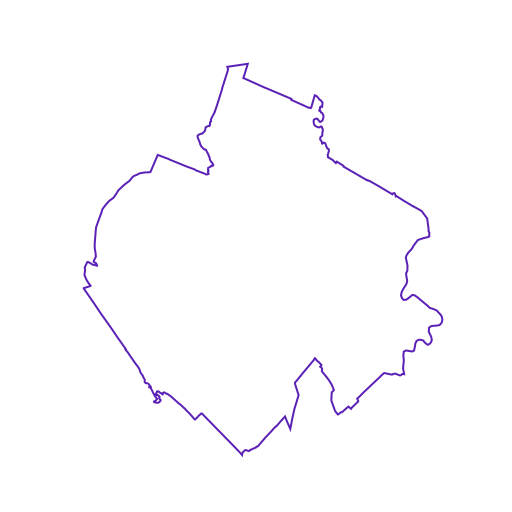 Vanatorii Mici, Giurgiu, Romania (Natural Earth projection), rotated 77°
{"feature_id": "2599482B21874534700145", "entity_name": "Vanatorii Mici", "entity_type": "district", "adm_level": 2, "iso_a3": "ROU", "parent_name": "Romania", "parent_adm1": "Giurgiu", "projection": "natural_earth1", "projection_center": [25.553, 44.495], "detail": "fine", "context": "isolated", "style": "outline", "palette": "violet", "viewbox_px": 512, "rotation_deg": 77, "n_neighbors": 0, "source": "geoboundaries", "source_scale": "gbopen_adm2", "svg_char_len": 6131}
<svg xmlns="http://www.w3.org/2000/svg" viewBox="0 0 512 512"><g transform="rotate(77 256 256)"><path d="M263.8,425.2L276.9,420.2L294.4,413.0L302.8,409.8L317.2,403.9L317.4,403.8L317.6,404.2L319.2,403.6L321.2,402.5L324.3,401.4L333.3,397.8L338.2,395.6L340.2,395.0L341.6,395.0L343.0,394.8L345.0,394.2L346.9,393.3L349.0,393.0L351.3,392.3L351.8,392.2L353.4,392.8L354.0,392.7L354.9,392.2L355.2,391.8L355.4,390.7L356.0,389.9L356.9,389.3L359.2,388.2L359.6,389.6L359.9,389.5L359.8,389.3L360.4,388.5L360.4,388.1L361.9,388.0L368.5,386.4L371.2,385.4L372.7,384.5L373.1,384.6L373.6,385.2L374.6,386.9L374.8,387.4L374.8,388.1L375.3,388.2L375.7,387.8L376.8,385.4L376.9,384.1L376.7,383.2L375.7,381.8L375.2,381.4L374.8,381.3L373.9,382.0L373.3,382.3L372.8,382.3L372.0,381.7L371.0,381.8L370.6,382.3L370.0,382.5L369.1,383.3L369.2,384.8L368.9,385.0L368.0,384.8L367.5,384.5L366.8,383.5L365.8,383.0L365.6,382.6L365.7,382.2L366.1,381.4L366.6,380.9L367.6,380.4L368.2,379.6L368.5,378.9L369.9,378.3L369.9,378.1L368.4,377.1L368.2,376.6L368.3,376.0L368.7,375.5L369.8,374.6L370.1,374.1L370.3,373.4L371.0,372.9L373.6,370.5L383.0,363.9L383.4,363.3L388.5,359.9L389.0,359.3L389.9,359.1L394.7,356.1L398.5,354.0L400.2,353.2L401.6,352.3L400.4,350.1L398.9,348.0L397.6,345.6L397.2,344.8L397.1,344.4L397.2,344.2L439.1,318.7L445.0,315.2L446.8,314.4L445.5,313.8L444.1,312.8L442.8,310.4L442.7,309.7L444.0,307.7L444.4,307.0L444.4,306.6L444.3,306.2L443.6,305.2L443.5,303.7L443.1,302.5L442.7,299.5L442.6,299.2L441.9,298.5L441.9,298.1L442.0,297.2L435.0,287.7L429.5,279.4L428.7,278.4L427.5,276.5L426.8,275.6L426.7,274.9L426.1,274.4L426.1,273.9L421.5,267.6L418.9,263.8L423.1,263.2L432.2,261.5L422.1,257.0L413.7,253.0L401.2,245.8L389.9,246.7L388.2,246.6L386.4,244.1L380.0,235.9L370.3,223.0L368.8,221.7L369.5,221.0L370.4,220.8L372.0,219.9L373.3,219.0L373.5,218.7L376.9,216.7L377.3,217.0L378.3,218.3L378.5,218.0L379.8,217.2L380.7,216.9L382.3,217.6L382.9,217.7L383.5,217.6L391.0,213.9L393.9,212.7L398.1,211.3L403.3,210.3L404.2,210.3L405.8,212.7L406.3,213.0L413.7,215.1L424.2,213.9L425.7,213.4L428.7,212.0L428.9,211.8L428.9,211.6L427.3,208.3L427.3,208.0L427.6,207.4L424.9,202.5L423.5,199.8L426.3,197.8L426.1,197.6L425.8,197.5L425.5,197.0L420.7,189.1L420.1,189.0L417.8,189.5L416.8,187.7L413.3,182.2L406.0,169.8L401.5,162.0L400.9,161.3L398.9,157.6L399.0,157.0L399.7,155.7L400.5,153.8L401.4,152.1L402.2,150.0L402.0,149.7L401.8,148.3L402.0,146.6L404.7,142.8L404.8,142.3L404.8,141.9L404.5,141.2L403.9,140.0L404.5,138.2L398.6,138.0L390.8,135.4L386.0,134.8L382.4,133.5L381.8,130.9L383.3,127.6L384.2,125.1L383.7,123.3L379.5,121.3L377.2,120.5L374.9,118.7L374.2,116.1L375.0,113.7L376.0,112.0L378.3,111.0L381.1,108.8L380.8,106.8L379.6,105.1L377.5,103.6L374.0,103.5L368.6,104.7L364.8,103.5L363.8,101.5L363.9,98.8L364.5,95.6L364.6,92.7L362.8,90.1L359.9,88.7L357.0,88.6L355.0,89.2L349.7,92.2L347.5,95.2L345.6,98.4L343.8,99.5L332.4,108.1L329.9,110.4L329.1,112.4L331.7,117.6L332.4,119.8L331.9,122.2L329.5,123.3L327.1,123.6L323.8,122.1L320.9,119.6L318.1,116.7L316.5,115.3L313.8,114.2L308.9,114.0L306.6,113.6L304.3,111.8L299.2,110.5L291.1,110.4L289.0,109.0L286.7,106.5L285.2,104.2L283.8,102.3L281.3,100.0L276.9,94.8L276.3,89.3L276.2,83.7L275.9,82.7L274.1,82.5L272.3,81.8L270.8,82.3L268.1,81.7L257.9,80.8L249.4,84.5L243.1,91.4L243.2,91.5L235.5,99.5L229.3,105.6L229.6,105.9L229.5,106.5L227.4,106.5L226.5,106.7L225.8,107.1L225.7,107.7L225.8,108.4L226.6,109.2L215.2,121.1L208.4,128.5L208.4,128.8L207.1,130.3L207.3,130.6L188.6,150.6L188.1,150.4L187.7,150.6L182.2,156.1L183.4,157.3L179.6,159.8L175.9,163.7L174.9,163.4L173.8,163.5L172.9,162.9L169.9,161.3L168.7,161.1L167.9,161.3L167.4,162.2L164.5,162.9L162.1,163.1L161.5,163.4L160.7,164.7L160.8,165.0L161.3,165.7L161.5,166.2L161.3,166.4L159.6,166.2L158.6,166.5L157.1,167.2L156.3,167.2L155.0,166.6L154.5,166.1L153.8,164.6L153.0,164.1L150.8,163.7L150.1,163.2L148.8,162.6L147.6,162.5L145.9,162.8L145.4,162.7L144.7,163.0L144.4,163.5L144.5,164.2L144.9,164.9L144.8,166.0L144.1,167.2L143.4,168.1L142.4,169.1L141.5,169.6L140.3,169.8L139.1,169.8L137.0,169.4L136.3,168.9L135.9,168.1L135.7,166.1L136.2,165.3L137.0,164.8L138.1,164.5L139.9,163.4L139.6,162.3L139.0,160.9L138.7,160.6L137.7,160.1L135.9,159.0L134.2,158.7L131.7,159.3L130.8,160.4L129.6,160.4L129.2,160.7L129.2,161.2L128.9,161.6L128.3,161.6L127.7,161.3L126.9,160.4L126.4,160.4L125.5,160.1L125.0,159.6L124.9,159.1L125.0,158.7L125.5,158.0L121.4,156.6L120.8,157.1L119.1,157.7L117.9,159.0L116.3,159.6L114.4,160.6L113.6,161.2L113.5,161.6L112.8,162.2L112.6,162.6L124.0,168.9L124.2,169.3L123.5,170.5L123.3,171.0L123.4,171.3L111.8,186.5L110.9,186.1L92.8,211.1L79.8,228.2L79.7,228.3L77.3,226.8L66.9,220.8L65.2,241.4L67.2,241.2L68.9,241.7L85.0,251.3L85.4,251.3L101.9,261.0L106.2,263.8L106.3,263.7L111.5,268.2L113.2,269.4L114.9,269.6L115.2,270.6L116.4,271.1L117.3,271.0L118.4,271.7L118.9,272.2L118.5,273.2L119.3,276.1L121.0,276.8L122.8,277.9L124.6,280.7L124.5,281.3L124.7,283.4L125.1,285.0L126.0,286.1L128.0,286.1L132.2,285.3L134.8,285.2L137.3,284.5L138.6,283.6L140.6,282.4L140.8,281.5L141.3,280.8L143.2,280.5L146.6,279.5L147.6,279.5L149.3,279.1L151.2,279.2L152.6,279.0L154.1,278.6L155.2,277.7L157.7,277.1L158.2,277.4L158.4,278.1L158.0,278.7L157.9,279.1L158.6,279.8L159.0,280.8L159.1,281.9L159.3,282.7L160.7,283.3L161.4,283.4L162.2,283.0L162.8,283.5L163.1,283.9L163.7,284.0L164.9,283.6L165.3,283.7L165.5,284.7L165.4,286.2L164.3,287.4L159.0,295.3L157.8,296.4L153.1,303.6L142.9,318.1L141.5,319.7L140.9,320.8L135.4,329.0L150.5,340.0L150.3,341.8L149.6,345.3L149.3,350.1L149.3,350.8L150.1,353.9L150.5,356.6L151.1,358.2L154.4,362.5L155.4,364.9L157.2,368.8L160.7,374.8L162.0,376.3L164.2,378.4L166.9,381.4L167.4,382.1L169.0,386.1L170.0,387.7L172.3,390.9L175.7,395.0L178.5,396.6L191.8,405.2L194.2,406.1L206.8,410.1L210.6,411.1L213.3,411.5L216.5,411.6L220.7,412.2L223.4,414.5L225.1,415.5L225.4,415.3L227.1,413.5L228.0,413.2L229.7,413.0L229.8,413.1L228.4,415.4L227.6,417.3L226.5,418.2L223.9,421.1L223.9,421.5L224.3,422.0L227.6,424.7L229.1,425.6L230.7,425.5L235.5,427.3L236.1,427.4L240.7,426.6L242.3,426.1L243.9,425.6L247.8,423.9L248.0,424.2L248.6,431.1L248.8,431.2L263.8,425.2Z" fill="none" stroke="#5b21b6" stroke-width="2"/></g></svg>